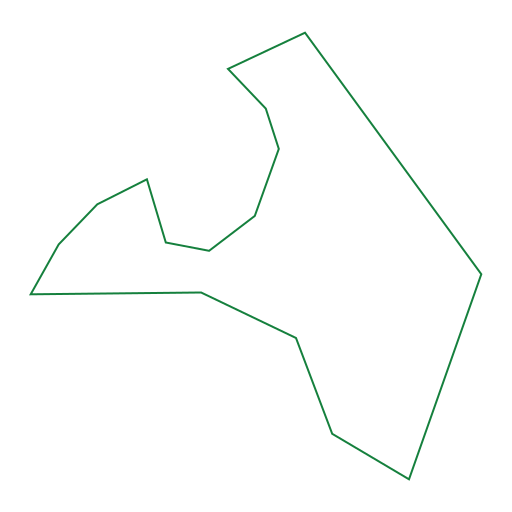 the border of Ngatpang
{"feature_id": "PLW-5254", "entity_name": "Ngatpang", "entity_type": "state/province", "adm_level": 1, "iso_a3": "PLW", "parent_name": "Palau", "parent_adm1": "", "projection": "orthographic", "projection_center": [134.527, 7.478], "detail": "fine", "context": "isolated", "style": "outline", "palette": "green", "viewbox_px": 512, "rotation_deg": 0, "n_neighbors": 0, "source": "natural_earth", "source_scale": "10m", "svg_char_len": 325}
<svg xmlns="http://www.w3.org/2000/svg" viewBox="0 0 512 512"><path d="M30.7,294.3L58.7,244.4L97.3,204.3L146.9,179.3L165.8,242.5L209.1,250.8L254.8,215.9L278.8,148.9L265.8,108.6L228.0,68.9L305.0,32.7L481.3,274.2L409.0,479.3L332.2,433.8L296.0,338.0L201.1,292.5L30.7,294.3Z" fill="none" stroke="#15803d" stroke-width="2"/></svg>